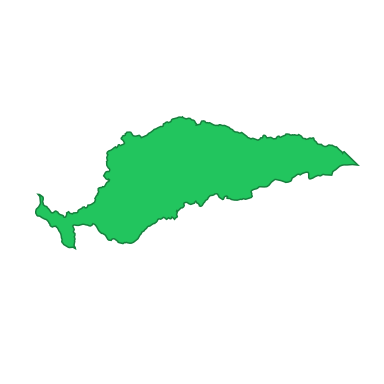 the district of São Valério, Tocantins, Brazil, rotated 116°
{"feature_id": "56859067B12336080421503", "entity_name": "São Valério", "entity_type": "district", "adm_level": 2, "iso_a3": "BRA", "parent_name": "Brazil", "parent_adm1": "Tocantins", "projection": "orthographic", "projection_center": [-48.122, -11.769], "detail": "fine", "context": "isolated", "style": "filled", "palette": "green", "viewbox_px": 384, "rotation_deg": 116, "n_neighbors": 0, "source": "geoboundaries", "source_scale": "gbopen_adm2", "svg_char_len": 6078}
<svg xmlns="http://www.w3.org/2000/svg" viewBox="0 0 384 384"><g transform="rotate(116 192 192)"><path d="M89.1,72.9L89.9,73.5L91.1,73.5L90.5,74.3L89.8,76.5L89.6,77.8L88.1,81.9L88.6,82.6L88.7,85.3L88.5,86.4L89.1,87.5L89.7,89.6L92.0,91.1L92.9,92.5L93.1,94.5L92.5,96.8L93.1,97.7L93.8,99.9L93.3,101.2L92.6,102.1L92.1,104.1L91.5,105.3L90.4,106.0L90.2,106.8L91.6,108.3L91.7,109.5L92.3,110.3L93.1,110.6L94.7,112.6L94.3,113.4L95.1,115.6L94.7,116.8L93.9,118.0L93.6,121.3L94.6,121.7L95.2,122.8L95.6,124.9L96.3,125.8L96.6,126.9L97.5,127.8L97.7,129.0L97.5,130.0L98.2,132.0L98.8,133.0L99.8,132.9L102.3,135.1L104.0,136.4L104.2,137.4L103.7,138.3L104.2,139.1L105.8,139.9L107.1,139.8L108.5,142.0L108.3,145.1L110.5,148.4L109.3,150.6L109.2,151.4L109.5,152.3L110.3,152.7L112.3,152.4L113.3,154.1L114.6,154.1L116.5,155.4L117.0,160.6L117.4,161.4L118.4,162.2L118.4,164.5L118.6,165.9L118.0,167.0L116.7,173.5L117.8,174.4L118.3,175.3L118.2,177.2L119.1,179.5L118.9,181.8L118.2,182.8L118.3,185.5L117.7,186.7L117.9,191.9L118.9,193.7L119.2,196.2L119.7,197.1L120.6,197.2L121.0,198.5L121.9,200.1L122.2,202.0L122.0,206.5L122.7,207.4L122.9,208.4L123.5,209.6L123.4,210.5L122.8,211.4L123.0,212.7L124.1,214.4L127.5,214.4L130.0,217.5L128.9,217.8L128.5,218.9L127.1,220.8L126.8,222.0L127.3,224.0L126.7,225.9L127.2,227.4L128.9,229.3L129.1,232.7L128.6,233.5L129.6,234.2L129.9,235.6L130.8,237.0L131.8,237.7L135.1,241.6L136.2,242.0L137.2,241.8L138.2,242.0L138.9,242.6L139.9,243.5L139.9,245.0L140.9,246.0L142.3,246.6L143.3,247.5L145.4,246.9L146.3,247.5L146.7,248.7L149.2,250.8L151.0,252.0L152.4,253.5L153.7,253.9L156.7,255.4L158.5,256.8L159.5,256.9L160.8,257.5L161.6,258.0L162.1,258.7L163.1,259.2L163.6,260.0L164.5,260.5L165.4,261.4L164.7,262.3L164.2,264.3L166.5,267.0L167.0,268.4L167.2,269.7L165.2,273.1L165.4,274.1L166.8,276.7L167.9,276.8L168.8,277.5L170.0,276.9L171.0,277.5L171.4,278.4L172.3,278.9L173.4,278.7L174.2,279.2L175.2,279.0L175.9,276.4L177.6,274.1L178.4,274.2L179.4,274.7L180.2,275.6L181.3,276.2L181.7,276.9L181.4,278.0L181.9,278.8L183.4,278.7L184.8,278.9L185.5,279.5L184.9,280.4L186.0,281.2L188.6,282.4L190.2,283.4L191.6,284.8L193.1,285.5L193.9,285.5L194.9,285.2L195.3,284.0L198.4,283.7L199.9,282.6L200.5,281.8L202.3,282.1L202.9,281.5L204.0,281.1L205.4,280.2L206.1,279.2L207.1,277.6L207.2,276.6L207.9,275.8L208.9,275.4L210.1,275.6L210.5,276.8L211.1,277.6L212.1,278.3L216.2,278.5L217.1,276.4L217.8,275.3L217.9,272.9L216.9,272.6L217.3,271.4L218.7,271.4L220.7,272.6L221.5,272.8L225.2,273.0L226.0,273.5L226.4,274.7L227.7,275.2L228.2,276.4L229.0,277.2L230.0,277.8L231.9,276.9L232.7,276.0L233.9,275.9L234.8,276.2L235.8,275.6L236.7,276.2L240.5,276.4L241.1,275.4L244.0,275.1L247.5,277.2L248.9,278.7L249.3,279.7L251.2,279.5L252.4,279.9L253.1,281.1L252.6,282.3L253.8,283.7L254.8,283.7L257.4,285.7L258.5,286.2L259.5,285.9L260.5,285.9L261.2,286.5L262.8,289.4L264.0,289.8L264.7,292.5L263.8,294.2L265.8,295.5L266.6,294.9L268.8,294.6L270.0,294.7L270.6,295.5L270.6,296.5L269.9,297.0L269.7,298.0L270.1,300.5L269.8,302.7L269.0,303.6L268.8,306.1L269.9,307.1L270.9,307.2L272.0,308.3L272.2,309.4L270.1,313.3L269.5,315.1L268.8,316.1L269.1,318.4L268.4,320.4L267.3,320.8L266.4,322.0L263.9,322.5L262.6,323.1L261.8,323.9L261.1,327.9L261.6,329.3L262.7,326.8L268.2,323.4L269.3,323.1L271.5,323.2L272.7,323.3L275.8,324.4L278.0,323.9L279.4,323.2L280.9,321.2L281.2,320.4L280.4,318.2L280.8,315.9L280.9,312.7L280.6,310.7L281.6,308.1L282.7,306.7L283.1,305.7L284.3,304.8L284.7,303.3L284.6,302.0L283.6,301.3L282.4,299.3L283.0,298.5L283.1,297.4L284.5,295.4L285.2,294.7L285.7,293.5L287.2,291.5L288.7,290.3L290.5,289.2L291.1,288.4L292.0,287.7L293.5,287.4L294.4,286.5L294.6,285.5L295.4,284.4L295.9,278.9L295.7,277.9L293.8,274.7L294.0,272.0L293.0,272.8L292.2,274.2L291.3,274.8L287.9,275.7L287.0,276.4L285.6,276.5L283.8,278.2L282.6,278.2L281.5,278.6L280.6,279.1L280.5,280.0L279.9,281.2L277.4,281.4L276.8,282.0L275.0,284.2L274.1,284.2L273.2,283.4L272.5,280.9L271.7,279.2L268.7,275.9L268.2,274.2L268.0,272.8L267.5,271.5L267.5,270.1L267.2,268.6L265.8,267.4L263.9,267.2L263.8,265.7L264.0,264.4L265.2,262.2L267.6,258.9L268.5,256.6L268.8,255.1L268.4,253.9L268.8,250.9L271.5,246.8L271.7,245.7L270.9,243.4L269.6,243.3L268.6,242.4L268.1,241.1L268.9,237.0L269.6,236.3L269.4,235.0L268.6,231.4L266.9,230.4L266.7,229.5L265.9,228.6L265.9,227.7L265.3,225.6L264.7,224.3L263.5,223.1L262.2,222.2L257.7,220.1L253.5,219.9L252.1,219.4L250.0,219.4L247.9,218.0L246.7,217.9L244.7,217.0L242.8,216.7L241.8,216.1L241.1,215.0L238.0,213.3L237.0,212.5L236.6,211.7L235.6,211.5L234.8,210.9L232.9,210.5L231.8,210.7L230.5,209.9L230.3,208.5L229.4,207.6L227.4,206.7L227.1,205.3L227.5,204.2L227.7,202.8L225.4,201.7L225.7,200.4L225.4,199.3L224.5,199.1L223.4,199.1L223.4,198.0L224.2,195.7L222.4,195.4L221.5,194.6L220.6,194.4L218.9,196.0L216.9,196.3L216.2,197.4L215.2,197.4L215.4,196.4L211.2,194.9L210.4,193.7L209.2,193.1L208.1,193.0L207.2,193.2L206.5,194.2L205.2,194.2L204.3,193.4L203.5,191.9L203.9,189.8L203.7,187.7L200.9,184.9L199.7,184.9L198.6,184.5L199.7,182.8L199.6,181.7L200.3,179.8L201.2,179.4L201.2,178.2L200.4,177.3L199.4,176.9L196.9,176.7L195.4,176.2L194.1,176.2L192.9,175.7L191.9,174.9L189.7,174.9L187.3,174.1L185.9,172.0L185.0,171.1L183.8,170.6L182.8,169.2L182.7,168.1L184.8,165.2L185.3,161.2L184.7,160.6L182.2,160.7L181.3,160.2L180.4,159.0L180.6,158.0L181.5,158.1L182.3,157.7L181.2,154.8L181.5,153.5L180.7,150.5L179.4,147.6L177.3,145.3L176.8,143.9L175.5,143.0L175.0,140.6L170.9,136.3L169.4,136.0L168.3,137.2L167.0,137.7L166.0,139.0L164.8,139.1L163.7,138.5L162.4,137.4L160.9,135.6L160.0,134.8L157.7,133.8L155.8,129.4L154.6,127.4L154.0,126.8L151.9,125.7L148.4,125.0L144.4,123.0L144.0,122.2L142.7,116.9L142.3,113.4L142.3,112.0L140.9,109.9L138.9,108.0L137.8,107.8L135.6,108.1L133.1,106.5L130.0,105.0L129.1,103.7L129.2,102.3L126.9,100.9L124.5,98.5L123.8,97.4L123.5,96.1L124.4,95.1L127.9,93.4L128.7,92.3L128.2,91.2L126.3,89.4L124.5,88.3L122.1,86.3L121.5,85.2L121.4,84.0L120.8,83.3L118.7,82.0L118.1,79.7L115.6,73.8L112.0,74.4L110.4,73.6L109.1,72.7L104.1,70.6L102.2,68.9L101.0,67.3L99.7,64.5L97.0,59.9L95.1,54.7L89.1,72.9Z" fill="#22c55e" stroke="#15803d" stroke-width="1.5"/></g></svg>